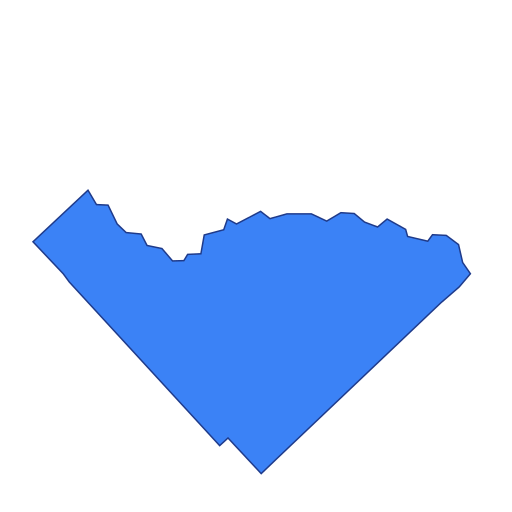 Lafayette, Florida, United States of America (Robinson projection), rotated 317°
{"feature_id": "52423323B3691200212151", "entity_name": "Lafayette", "entity_type": "district", "adm_level": 2, "iso_a3": "USA", "parent_name": "United States of America", "parent_adm1": "Florida", "projection": "robinson", "projection_center": [-83.115, 30.041], "detail": "fine", "context": "isolated", "style": "filled", "palette": "blue", "viewbox_px": 512, "rotation_deg": 317, "n_neighbors": 0, "source": "geoboundaries", "source_scale": "gbopen_adm2", "svg_char_len": 696}
<svg xmlns="http://www.w3.org/2000/svg" viewBox="0 0 512 512"><g transform="rotate(317 256 256)"><path d="M178.0,93.3L102.6,93.5L102.9,137.5L101.7,147.8L100.1,369.9L111.4,370.0L111.4,418.7L132.8,418.4L359.3,416.3L383.6,417.2L400.7,415.2L402.7,401.7L411.9,385.8L409.2,370.7L399.6,360.8L391.7,362.3L380.2,345.1L383.6,338.6L377.1,318.4L364.7,317.7L358.5,305.2L356.8,291.9L347.6,282.2L331.5,278.7L325.2,262.9L307.4,246.3L291.7,238.2L289.8,226.5L263.6,219.3L260.3,209.5L250.3,214.8L232.5,205.3L217.2,216.8L207.1,208.2L200.1,210.2L191.6,202.7L192.3,186.4L183.5,174.0L187.0,161.6L177.0,150.3L176.3,137.9L182.5,117.9L174.4,109.6L178.0,93.3Z" fill="#3b82f6" stroke="#1e3a8a" stroke-width="1.5"/></g></svg>